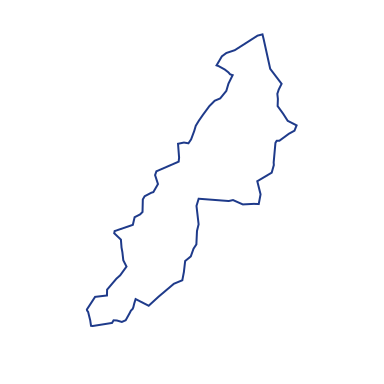 the district of Etinan, Akwa Ibom, Nigeria, rotated 218°
{"feature_id": "59680162B79884468001879", "entity_name": "Etinan", "entity_type": "district", "adm_level": 2, "iso_a3": "NGA", "parent_name": "Nigeria", "parent_adm1": "Akwa Ibom", "projection": "albers", "projection_center": [7.841, 4.824], "detail": "fine", "context": "isolated", "style": "outline", "palette": "blue", "viewbox_px": 384, "rotation_deg": 218, "n_neighbors": 0, "source": "geoboundaries", "source_scale": "gbopen_adm2", "svg_char_len": 1436}
<svg xmlns="http://www.w3.org/2000/svg" viewBox="0 0 384 384"><g transform="rotate(218 192 192)"><path d="M233.5,359.6L236.6,355.6L245.6,330.1L250.5,322.7L252.0,317.3L250.6,306.9L248.5,307.6L241.6,308.7L237.0,308.7L234.4,308.2L231.9,309.1L230.0,299.9L227.2,292.8L227.4,283.1L230.3,277.9L231.2,270.3L230.9,259.6L230.5,252.5L229.8,246.5L227.8,241.4L225.1,232.9L224.8,228.2L228.8,226.0L232.7,221.4L223.3,211.1L221.2,207.7L232.8,186.4L231.5,182.6L223.7,177.3L222.4,168.1L223.6,166.4L226.7,159.5L226.2,155.9L218.7,145.8L219.1,142.4L221.7,136.8L218.4,129.7L228.9,113.6L227.9,111.6L218.7,110.7L213.3,104.8L209.8,101.7L204.1,95.9L197.7,92.9L197.3,82.2L198.2,77.2L198.8,62.8L195.3,58.1L203.8,49.7L202.5,34.7L201.7,34.0L200.1,33.6L193.2,28.2L189.2,24.4L187.9,25.1L174.4,39.6L174.8,42.6L172.1,44.5L167.3,46.4L165.3,50.1L166.6,58.4L167.1,60.9L166.8,63.4L167.3,65.1L169.0,68.9L170.5,72.9L156.1,75.7L153.9,88.9L149.8,108.5L145.3,116.5L149.1,123.9L154.9,133.4L153.3,140.5L155.9,148.3L156.3,153.4L164.1,164.4L166.9,170.6L179.9,183.8L182.6,190.8L157.5,207.5L154.7,210.9L144.3,213.5L136.0,220.7L132.0,223.6L136.5,232.3L136.7,232.5L147.2,240.7L141.1,256.3L144.1,263.6L145.7,265.4L145.8,265.5L156.5,282.1L156.8,284.5L154.7,286.2L151.5,297.6L149.0,303.4L150.6,308.9L160.4,307.0L168.4,309.8L177.4,312.4L181.6,318.2L185.2,321.9L186.2,324.7L186.7,326.0L188.0,332.4L206.2,337.2L229.7,356.6L233.5,359.6Z" fill="none" stroke="#1e3a8a" stroke-width="2"/></g></svg>